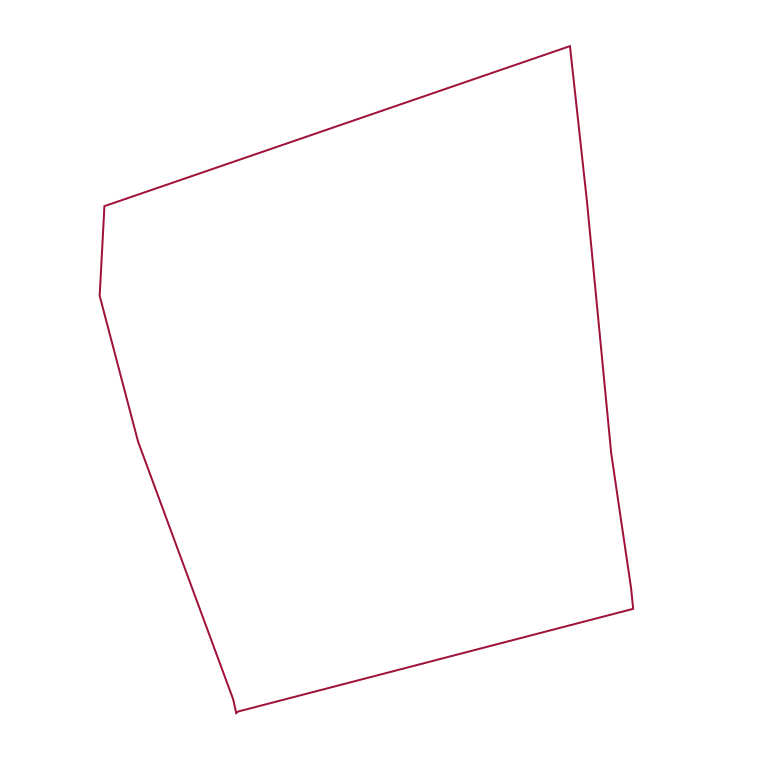 34, Ad Dawhah, Qatar (Robinson projection), rotated 257°
{"feature_id": "91078587B88603978758954", "entity_name": "34", "entity_type": "district", "adm_level": 2, "iso_a3": "QAT", "parent_name": "Qatar", "parent_adm1": "Ad Dawhah", "projection": "robinson", "projection_center": [51.479, 25.313], "detail": "fine", "context": "isolated", "style": "outline", "palette": "rose", "viewbox_px": 768, "rotation_deg": 257, "n_neighbors": 0, "source": "geoboundaries", "source_scale": "gbopen_adm2", "svg_char_len": 332}
<svg xmlns="http://www.w3.org/2000/svg" viewBox="0 0 768 768"><g transform="rotate(257 384 384)"><path d="M108.9,576.2L129.2,578.8L265.4,589.8L516.9,622.9L671.4,641.2L620.2,151.6L619.3,151.3L612.5,149.4L533.9,126.8L383.1,131.4L110.7,166.1L96.6,166.0L97.7,168.1L108.9,576.2Z" fill="none" stroke="#9f1239" stroke-width="2"/></g></svg>